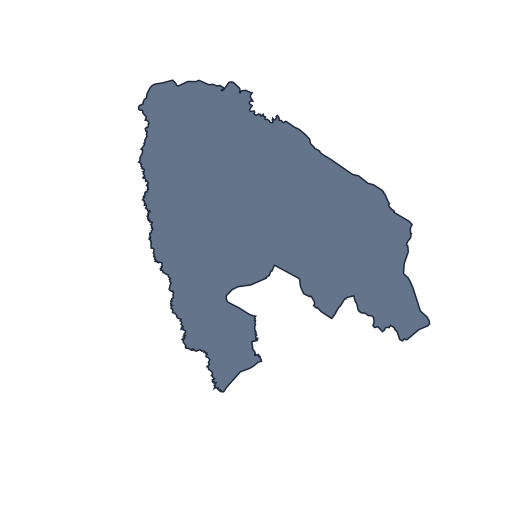 outline of Prakhon Chai, Buri Ram, Thailand, rotated 124°
{"feature_id": "78962969B33368538988624", "entity_name": "Prakhon Chai", "entity_type": "district", "adm_level": 2, "iso_a3": "THA", "parent_name": "Thailand", "parent_adm1": "Buri Ram", "projection": "orthographic", "projection_center": [103.123, 14.625], "detail": "fine", "context": "isolated", "style": "filled", "palette": "slate", "viewbox_px": 512, "rotation_deg": 124, "n_neighbors": 0, "source": "geoboundaries", "source_scale": "gbopen_adm2", "svg_char_len": 6159}
<svg xmlns="http://www.w3.org/2000/svg" viewBox="0 0 512 512"><g transform="rotate(124 256 256)"><path d="M347.2,294.8L349.6,293.6L348.9,291.5L349.4,288.6L350.5,288.0L351.3,286.4L350.4,282.7L352.1,282.7L351.9,281.7L353.1,280.0L354.4,280.1L355.2,277.2L356.0,276.8L356.7,277.8L358.5,277.2L356.9,276.3L358.0,275.5L357.5,273.0L358.3,271.8L360.9,272.0L361.2,271.3L361.9,271.5L361.6,270.1L363.5,270.9L363.1,270.0L363.6,269.4L365.2,269.3L365.2,270.2L366.6,270.6L366.5,269.1L368.0,268.3L369.6,263.9L370.9,263.7L371.6,262.5L370.2,260.3L370.4,258.0L369.0,256.9L370.1,256.8L370.0,256.2L368.1,255.1L368.7,253.9L368.4,252.4L364.8,250.0L365.3,247.9L364.2,246.7L363.8,245.2L364.7,245.1L364.1,244.6L364.8,243.2L364.1,242.5L365.1,242.4L365.1,241.4L366.4,241.7L367.5,240.9L366.9,238.8L367.9,236.3L370.9,235.9L372.1,234.0L375.2,234.7L374.9,233.5L376.6,231.7L376.2,230.8L377.0,227.0L378.2,226.1L380.1,226.1L379.7,225.2L380.6,224.4L381.0,221.7L383.2,223.0L384.5,221.7L383.9,220.9L384.7,220.7L384.1,219.9L384.7,219.5L383.5,218.2L385.7,218.0L386.2,217.3L386.7,218.2L387.7,216.8L389.1,216.6L387.9,216.0L387.2,214.7L387.6,213.8L386.7,213.6L387.7,212.8L388.1,210.7L386.9,210.8L387.1,209.7L388.0,209.3L387.3,207.7L386.6,206.9L380.8,206.9L360.8,204.2L352.8,198.5L348.7,196.5L342.7,194.8L340.2,192.6L338.8,193.9L338.6,195.2L337.3,196.2L337.7,197.2L337.1,197.1L337.3,197.8L336.3,198.9L339.1,201.4L338.5,202.0L337.5,201.7L336.2,203.3L334.7,207.4L334.0,207.4L329.3,211.6L325.5,207.8L323.5,208.4L324.8,209.5L323.7,209.6L323.8,210.5L322.6,211.5L321.4,211.1L321.2,212.8L320.6,212.3L319.5,213.1L319.2,214.5L318.5,214.2L317.5,216.1L314.3,218.0L313.1,218.0L312.8,219.1L309.7,220.4L310.1,221.3L308.3,221.7L307.6,223.0L306.2,222.6L308.1,228.3L308.5,241.1L310.0,253.6L308.3,256.6L305.6,258.4L297.1,256.9L291.5,253.7L283.0,244.2L269.4,235.6L268.7,235.7L268.5,235.1L267.6,235.5L264.9,234.1L260.3,235.2L259.3,234.4L253.3,235.6L250.6,208.2L251.2,206.6L256.4,202.1L260.6,195.5L259.7,188.8L258.7,188.8L258.9,187.0L261.3,182.0L262.8,180.7L264.9,180.5L265.4,176.9L264.4,176.6L265.7,170.9L265.5,158.9L265.4,158.2L260.0,158.0L252.9,158.7L249.9,158.1L241.7,158.5L241.4,157.6L239.4,157.4L234.3,152.6L237.9,148.7L239.6,145.3L243.3,141.6L244.3,139.6L244.1,136.5L242.4,133.5L242.6,129.5L241.0,127.1L241.1,124.3L244.9,121.0L248.2,120.2L249.1,117.8L246.5,115.4L248.0,108.8L245.6,108.1L243.1,108.5L241.1,106.6L241.0,105.6L238.1,105.6L238.3,100.8L239.2,100.2L240.0,96.5L244.9,90.1L244.5,87.1L241.7,86.5L241.6,85.0L240.7,83.9L225.9,79.8L218.0,74.6L215.1,74.1L212.7,76.5L210.9,80.2L209.7,89.0L194.6,108.1L191.0,113.8L189.0,117.8L188.1,123.9L179.4,128.9L167.3,132.1L162.8,135.8L162.5,137.6L159.4,138.4L154.7,138.0L150.5,139.8L150.7,140.7L146.5,143.6L142.6,144.2L141.6,148.4L142.7,166.1L141.5,166.4L141.3,170.4L140.1,174.3L137.8,174.7L137.8,175.6L132.8,183.4L132.4,185.7L131.7,185.7L131.0,188.7L131.3,198.7L133.1,203.6L132.2,216.0L134.2,220.9L134.4,223.4L134.1,248.1L134.6,257.5L134.5,259.8L133.4,262.2L134.0,267.9L133.4,268.4L132.4,273.6L129.3,276.7L127.8,282.6L126.9,291.0L127.7,296.2L127.6,306.0L127.9,306.9L129.9,307.4L130.1,309.3L129.5,310.5L130.5,312.6L128.4,314.4L127.5,316.8L128.9,317.4L129.6,316.4L132.4,316.2L133.0,317.4L132.4,319.2L134.1,318.6L135.3,316.7L136.7,317.1L137.4,319.5L136.7,320.2L136.3,323.0L137.5,324.6L137.0,325.7L135.4,325.8L135.8,327.7L134.5,329.4L136.9,329.7L137.1,330.6L136.2,331.4L137.0,333.5L139.5,334.6L139.3,337.2L137.5,337.5L136.8,338.6L139.0,341.1L139.1,342.2L138.0,343.3L133.4,343.2L133.6,346.3L132.5,347.4L130.6,347.3L129.4,345.2L127.3,349.7L125.6,350.5L122.9,350.4L124.2,354.6L124.2,356.9L126.7,360.0L128.7,360.8L129.3,360.3L129.8,361.0L127.7,361.8L126.1,363.4L124.7,371.8L125.4,373.8L127.2,375.5L136.5,375.7L138.0,376.6L138.1,377.3L136.0,376.6L134.6,377.2L134.8,381.3L136.9,383.7L137.9,387.9L140.4,391.0L142.3,401.6L145.0,403.3L149.4,410.1L158.5,415.5L159.0,417.2L157.8,419.0L156.8,423.4L165.0,430.5L170.0,435.9L173.0,437.5L176.5,437.9L182.9,436.9L186.2,435.1L188.6,436.1L192.1,435.5L193.0,434.6L196.5,436.8L198.9,436.3L200.0,435.2L199.9,433.2L198.9,432.3L199.0,431.0L200.6,430.0L202.1,424.6L205.4,423.8L204.3,421.6L206.0,418.8L206.8,419.1L208.9,417.7L210.5,417.9L210.5,418.7L212.4,419.0L214.0,417.3L213.7,415.8L216.4,414.9L217.8,413.2L222.3,413.0L223.4,411.7L225.3,411.9L225.4,411.1L226.6,410.7L231.8,410.9L231.4,409.4L233.9,407.9L239.7,407.1L241.7,405.5L243.8,405.8L243.4,403.6L244.3,402.8L244.0,402.2L245.9,401.5L246.1,400.0L246.9,399.9L246.5,399.4L247.3,398.7L246.7,398.1L246.9,396.9L248.2,396.1L249.3,396.8L249.1,395.8L250.9,395.6L251.6,393.2L253.0,392.8L253.1,393.4L254.4,393.5L254.5,392.7L253.6,391.9L254.6,389.4L255.6,389.6L255.9,389.1L254.9,387.9L255.8,385.9L257.2,386.2L257.8,385.3L258.2,386.3L258.9,386.1L258.7,384.7L260.6,383.6L260.1,383.2L261.0,382.5L262.0,383.1L263.9,382.1L264.5,383.4L266.4,383.3L267.2,382.2L270.0,382.6L270.5,381.9L270.0,381.4L272.9,381.5L272.8,379.4L273.7,379.0L274.4,377.3L275.0,377.6L276.4,376.9L275.1,375.3L276.9,374.3L278.0,374.4L278.3,372.7L277.9,372.4L279.4,370.3L277.9,369.6L278.6,368.4L279.5,369.1L280.8,369.2L281.1,368.6L281.8,369.1L282.7,367.8L283.4,368.2L283.8,367.5L284.1,368.1L284.4,367.0L285.5,366.8L285.3,365.9L286.2,365.7L285.9,365.0L286.5,365.2L286.7,364.1L286.1,363.6L287.2,363.0L286.2,361.2L286.5,360.5L288.9,360.7L288.8,359.8L291.2,358.3L290.5,357.8L291.7,356.3L293.5,356.9L295.1,355.8L296.6,356.9L299.1,354.8L299.5,353.6L300.4,353.5L300.6,354.3L301.2,353.6L301.8,354.0L302.0,351.7L303.2,351.2L303.2,350.3L305.2,349.6L308.1,347.3L307.1,345.3L307.5,344.3L309.6,343.0L310.8,343.0L311.6,341.4L313.7,340.5L313.4,339.2L315.5,338.0L315.5,336.4L316.8,336.7L316.7,335.6L316.0,335.6L315.5,334.6L316.3,333.7L316.1,333.0L315.0,332.4L314.3,330.2L317.5,327.7L317.9,328.4L318.4,327.8L319.9,328.2L320.4,327.9L319.9,327.3L321.0,326.9L320.3,325.5L321.7,323.7L321.1,323.3L321.4,320.9L320.7,318.5L322.1,317.1L322.6,314.3L323.7,314.8L323.8,314.1L325.4,313.1L326.0,311.0L327.2,311.2L332.3,309.4L332.7,306.5L331.5,305.2L332.4,304.8L332.5,303.7L334.4,303.3L336.7,301.3L338.8,302.0L340.3,300.6L341.1,301.5L342.1,300.0L343.3,300.1L343.7,297.9L344.6,298.9L345.9,297.1L346.8,297.3L347.2,294.8Z" fill="#64748b" stroke="#1e293b" stroke-width="1.5"/></g></svg>